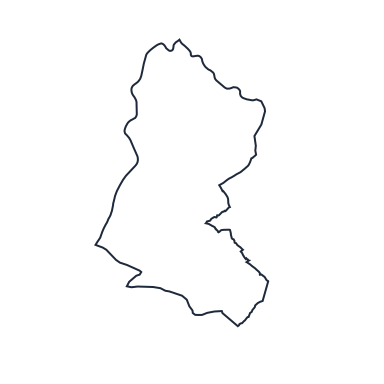 Estanzuela, Zacapa, Guatemala (Mercator projection), rotated 311°
{"feature_id": "79465075B47925591058231", "entity_name": "Estanzuela", "entity_type": "district", "adm_level": 2, "iso_a3": "GTM", "parent_name": "Guatemala", "parent_adm1": "Zacapa", "projection": "mercator", "projection_center": [-89.606, 14.975], "detail": "fine", "context": "isolated", "style": "outline", "palette": "slate", "viewbox_px": 384, "rotation_deg": 311, "n_neighbors": 0, "source": "geoboundaries", "source_scale": "gbopen_adm2", "svg_char_len": 5618}
<svg xmlns="http://www.w3.org/2000/svg" viewBox="0 0 384 384"><g transform="rotate(311 192 192)"><path d="M298.7,82.6L297.4,82.4L295.8,82.0L294.4,81.6L293.4,81.6L291.7,81.6L290.6,81.9L289.5,82.7L288.3,83.5L286.9,84.1L285.7,84.0L284.5,83.3L283.8,82.3L283.6,81.3L283.6,79.3L283.6,78.1L284.0,77.1L284.3,76.2L284.6,74.8L284.7,73.5L284.2,71.6L283.4,70.9L282.3,70.3L281.0,69.6L279.2,69.0L275.8,68.2L272.1,67.5L268.9,67.2L267.0,67.2L265.7,67.4L264.4,68.0L261.3,69.5L257.3,71.4L250.6,75.2L246.4,77.5L243.6,78.6L241.2,78.9L240.0,78.9L239.0,78.8L237.9,78.6L236.6,78.3L235.5,78.0L234.1,77.8L232.9,77.7L230.7,78.3L229.8,78.9L228.9,79.7L227.7,81.1L226.9,82.5L226.3,84.2L225.8,86.4L225.3,87.8L224.6,89.5L223.6,91.0L214.4,99.4L213.0,100.1L211.7,100.4L210.5,100.5L209.4,100.0L207.8,99.5L205.9,98.7L203.9,98.3L202.5,98.2L200.9,98.4L198.6,98.9L196.7,99.5L194.7,100.4L193.5,101.3L192.3,103.1L192.2,104.2L192.1,105.6L191.6,108.9L190.8,111.4L187.2,118.8L183.1,127.5L182.0,128.9L180.5,130.3L178.8,131.3L177.3,131.8L175.6,132.0L173.9,132.0L171.7,131.9L168.9,131.8L160.9,131.5L155.7,132.0L149.6,133.2L143.4,134.7L138.6,136.5L134.8,138.5L132.2,139.8L131.4,140.2L130.4,141.0L125.3,143.9L123.1,144.8L121.0,145.7L119.0,146.2L116.8,146.6L115.2,147.2L112.9,147.9L111.0,148.2L106.5,149.3L103.1,150.4L99.8,151.7L97.3,152.7L91.7,153.4L88.8,153.9L91.5,161.1L92.2,165.2L90.9,179.2L91.4,183.9L94.3,190.9L98.3,204.1L98.3,206.2L95.3,206.7L92.3,204.9L83.0,203.5L78.1,204.7L80.4,208.8L85.0,213.0L94.8,225.0L98.7,231.3L100.0,236.7L102.1,240.1L107.2,252.5L107.3,258.7L104.0,265.0L102.9,270.1L101.2,272.0L101.4,275.1L105.8,280.2L110.8,282.8L116.5,287.3L121.7,292.6L120.6,294.4L120.8,314.6L121.4,314.7L122.4,314.9L123.4,314.5L123.9,314.8L124.5,314.8L125.8,315.8L126.8,315.9L128.4,315.9L129.9,316.2L132.2,316.0L134.1,316.0L134.8,316.7L137.5,315.7L138.7,315.2L140.6,315.7L142.7,315.0L144.8,315.0L146.4,314.9L147.8,314.1L151.3,314.5L153.7,315.4L156.1,316.8L174.6,308.1L174.7,307.6L174.5,307.0L174.4,306.4L174.5,305.8L174.9,304.6L175.0,304.2L175.2,303.7L175.3,303.4L175.5,302.5L175.6,302.2L175.5,301.8L175.4,301.2L175.4,300.6L175.4,300.2L175.3,299.6L175.3,298.8L175.3,298.5L175.1,298.2L174.9,298.1L174.6,298.0L174.4,297.8L174.1,297.5L174.4,297.2L174.6,297.0L174.9,296.8L175.1,296.6L175.3,296.4L175.4,296.1L175.6,295.4L175.6,294.9L175.7,294.6L175.7,294.2L175.7,293.5L175.7,292.9L175.7,292.3L175.7,292.0L175.7,291.7L175.7,291.3L175.7,291.1L175.8,289.8L175.5,285.9L175.5,284.5L175.5,283.1L175.3,282.0L175.1,280.3L174.9,279.2L177.6,279.9L177.4,279.5L177.2,279.1L177.2,278.9L177.6,278.7L177.7,278.4L177.5,277.9L177.5,277.3L177.6,276.5L176.7,276.5L176.8,275.7L176.9,275.2L177.0,274.9L177.3,273.6L177.4,273.3L177.6,273.0L177.7,272.5L178.0,271.6L178.2,271.2L178.4,270.7L178.7,270.2L178.8,269.8L178.9,269.3L179.0,268.5L179.1,267.8L181.8,268.3L181.8,267.0L181.9,266.1L182.0,265.4L182.0,264.9L182.0,264.4L181.9,263.7L181.8,262.9L181.7,260.9L182.3,258.9L181.9,258.0L181.7,257.5L181.9,257.2L183.0,256.0L183.3,255.1L183.6,254.6L183.1,253.3L183.2,252.4L183.7,251.7L185.2,249.5L186.2,248.5L187.1,247.3L187.7,246.4L188.1,245.8L188.3,245.4L188.1,245.0L186.4,243.1L184.2,240.7L183.0,239.6L182.7,239.3L182.1,239.0L180.2,238.8L179.0,238.5L178.9,238.2L179.0,237.8L179.2,237.4L179.5,237.0L179.5,236.5L179.6,235.7L179.5,235.1L179.5,234.8L179.6,234.7L179.8,234.4L179.7,234.1L179.6,233.8L179.7,233.5L179.9,233.3L180.2,232.7L180.3,232.1L180.1,231.4L180.0,230.5L179.6,229.5L179.6,228.9L179.4,228.0L179.2,227.3L179.1,226.6L179.0,225.9L178.7,225.3L178.1,224.0L177.5,223.0L177.9,223.0L178.4,222.9L179.1,222.7L179.4,222.6L179.6,222.6L179.9,222.9L180.3,223.1L181.1,223.7L182.2,224.4L182.3,224.4L182.4,224.5L182.5,224.5L182.8,224.4L183.3,224.3L183.6,224.3L183.9,224.2L184.2,224.2L184.5,224.2L184.8,224.3L185.8,224.6L186.5,224.8L187.6,225.2L187.8,225.3L188.1,225.9L188.8,227.1L189.0,227.2L189.3,227.0L189.8,226.8L190.9,226.3L191.0,226.4L191.1,226.6L191.4,227.0L191.5,227.3L191.9,227.5L192.2,227.6L192.6,227.6L193.5,227.7L195.3,227.8L196.3,227.8L196.8,228.0L197.2,228.1L197.4,228.3L197.8,228.7L197.9,228.8L198.6,228.9L199.2,228.9L199.3,229.0L199.4,229.4L199.4,229.6L199.5,229.8L199.9,229.8L200.4,229.8L200.9,229.9L201.8,229.9L203.1,229.9L204.4,230.0L204.9,230.0L205.2,230.0L205.3,230.1L205.5,230.3L206.5,228.1L207.1,227.2L207.5,226.6L208.7,225.5L209.7,224.5L210.5,223.7L211.4,222.2L212.4,219.0L212.9,216.6L213.2,214.7L212.7,214.5L214.1,211.1L215.0,208.1L219.4,209.7L223.8,210.5L226.2,211.1L229.2,212.3L232.2,213.3L234.4,213.9L238.8,215.6L241.7,216.1L244.0,216.5L246.4,216.8L248.3,217.1L249.4,217.0L250.3,216.9L253.0,216.1L256.4,214.7L256.7,214.9L256.9,215.1L257.1,215.2L257.3,215.3L257.5,215.3L257.8,215.3L258.3,215.4L258.7,215.4L260.1,215.7L261.0,215.8L262.2,215.9L264.8,212.6L268.7,209.9L275.2,202.4L288.4,200.1L300.8,194.2L302.9,191.8L305.9,184.8L304.2,179.9L303.1,179.2L301.8,178.4L300.6,177.2L298.9,174.2L298.0,172.8L296.7,169.6L296.3,168.3L296.3,167.1L296.5,165.7L297.6,163.9L298.7,163.0L299.7,162.1L300.2,160.9L300.4,159.5L300.3,157.7L299.7,156.5L298.2,154.4L297.3,154.0L295.8,153.2L294.5,152.3L293.7,151.4L293.0,150.7L292.5,149.2L292.3,147.6L292.3,145.6L292.2,139.7L292.2,137.3L292.4,135.7L292.9,134.6L293.6,133.5L294.5,132.5L295.7,130.7L296.0,129.5L295.9,127.3L295.9,126.2L295.4,124.7L295.2,123.4L295.2,121.6L295.2,120.1L295.5,118.7L296.0,117.0L296.5,115.7L297.5,113.9L298.5,112.7L299.1,111.7L299.5,109.8L299.3,108.2L298.7,107.0L297.4,105.8L296.7,105.2L295.6,104.3L294.9,103.7L294.3,102.5L294.7,101.2L295.9,100.1L296.7,98.8L297.1,97.0L297.3,95.3L297.4,94.3L297.4,93.3L297.5,91.6L297.5,89.7L297.4,88.2L297.4,86.8L297.7,85.4L298.7,82.6Z" fill="none" stroke="#1e293b" stroke-width="2"/></g></svg>